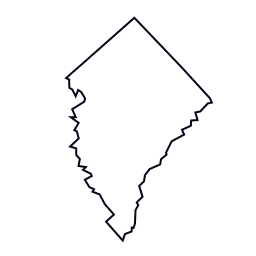 the district of Sevier, Arkansas, United States of America, rotated 47°
{"feature_id": "52423323B63638786048943", "entity_name": "Sevier", "entity_type": "district", "adm_level": 2, "iso_a3": "USA", "parent_name": "United States of America", "parent_adm1": "Arkansas", "projection": "albers", "projection_center": [-94.206, 33.972], "detail": "fine", "context": "isolated", "style": "outline", "palette": "ink", "viewbox_px": 256, "rotation_deg": 47, "n_neighbors": 0, "source": "geoboundaries", "source_scale": "gbopen_adm2", "svg_char_len": 983}
<svg xmlns="http://www.w3.org/2000/svg" viewBox="0 0 256 256"><g transform="rotate(47 128 128)"><path d="M49.3,139.2L52.4,138.0L58.6,143.5L61.9,142.5L69.1,144.6L66.2,138.5L70.1,137.7L77.2,139.3L78.9,142.1L76.2,156.0L84.4,158.9L81.1,162.5L90.6,160.6L93.0,168.7L95.5,167.7L102.0,171.2L102.1,183.0L107.6,179.8L112.4,184.3L117.8,184.3L122.0,190.1L127.8,185.5L128.0,189.5L135.9,186.4L138.4,187.2L136.4,194.8L144.9,196.6L149.6,194.6L150.4,197.4L157.3,194.0L167.9,196.9L181.7,197.3L181.5,207.9L206.7,208.6L203.5,202.5L206.1,196.0L203.4,193.1L204.9,192.1L202.8,188.3L193.2,178.5L191.4,173.1L188.4,172.4L188.2,164.3L178.0,159.3L177.9,152.7L175.3,149.3L174.0,147.8L172.8,140.1L176.6,129.3L173.3,125.1L173.8,118.0L172.0,117.1L167.5,105.2L171.1,91.4L166.1,89.7L169.2,80.5L165.6,76.6L169.6,71.8L162.6,68.1L165.2,63.8L164.4,53.0L166.6,49.3L162.1,47.8L120.5,47.4L120.2,47.4L51.7,48.2L50.1,109.6L50.1,110.4L49.4,133.2L49.4,134.5L49.3,139.2Z" fill="none" stroke="#020617" stroke-width="2"/></g></svg>